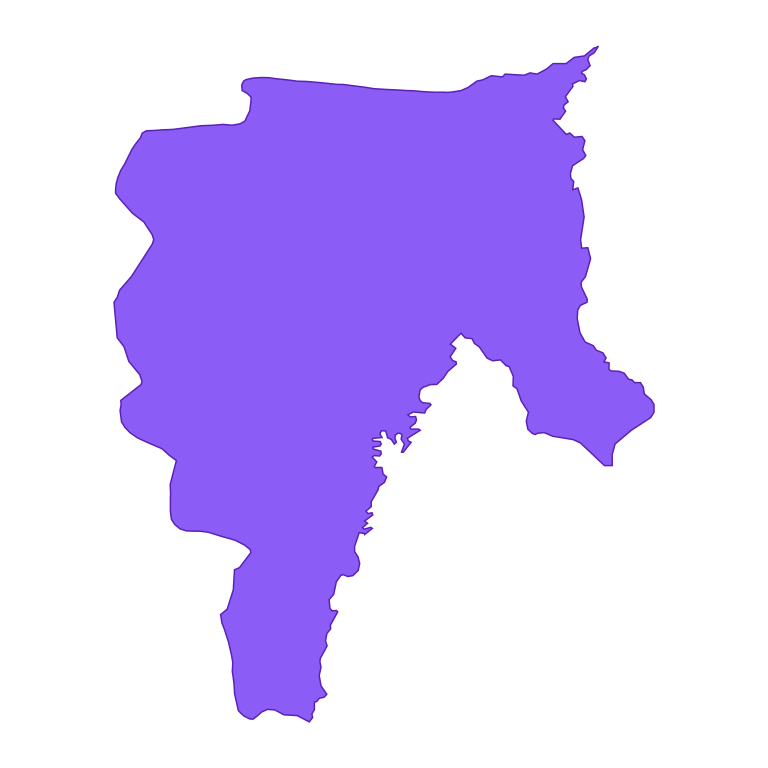 outline of Kabeya-Kamwanga, Kasaï-Oriental, Democratic Republic of the Congo
{"feature_id": "63176286B62322725812229", "entity_name": "Kabeya-Kamwanga", "entity_type": "district", "adm_level": 2, "iso_a3": "COD", "parent_name": "Democratic Republic of the Congo", "parent_adm1": "Kasaï-Oriental", "projection": "mercator", "projection_center": [23.234, -6.028], "detail": "fine", "context": "isolated", "style": "filled", "palette": "violet", "viewbox_px": 768, "rotation_deg": 0, "n_neighbors": 0, "source": "geoboundaries", "source_scale": "gbopen_adm2", "svg_char_len": 5054}
<svg xmlns="http://www.w3.org/2000/svg" viewBox="0 0 768 768"><path d="M309.3,721.9L312.6,717.5L311.9,713.9L314.4,709.7L314.4,702.2L316.8,701.5L319.4,698.2L324.0,697.3L326.8,694.3L321.0,685.8L319.5,677.3L319.2,675.5L321.0,667.3L319.9,661.6L320.3,658.4L327.1,645.9L325.5,640.8L326.9,633.5L330.7,628.8L330.4,625.1L337.7,611.9L336.5,610.5L332.1,610.8L330.0,608.4L329.1,599.7L333.7,594.3L336.3,581.9L336.8,581.2L340.8,575.4L343.3,574.7L347.8,576.5L352.9,575.6L358.2,570.5L359.7,563.4L358.0,556.9L354.6,551.5L354.6,546.3L357.5,537.7L359.2,532.7L364.1,533.4L364.6,534.6L370.7,529.7L372.3,528.5L370.9,527.3L367.4,528.3L364.1,529.2L363.3,528.4L362.5,527.5L367.6,523.3L364.6,521.0L372.8,514.9L372.1,512.8L367.9,513.5L366.0,511.1L371.2,506.7L371.2,501.8L378.2,489.6L378.7,486.5L384.5,482.3L386.6,476.9L383.1,474.1L381.9,467.5L375.0,467.5L374.3,466.4L376.8,461.9L372.2,457.2L374.0,455.6L379.6,456.0L380.6,454.7L381.3,453.9L380.8,451.1L375.0,449.5L373.1,449.0L372.9,447.1L379.9,446.0L381.3,444.1L380.1,441.5L373.1,441.0L372.9,440.7L372.2,439.6L372.9,438.4L382.0,437.5L379.9,434.0L381.5,430.7L385.7,431.0L387.6,437.8L388.8,438.3L391.3,439.4L394.3,444.1L396.4,442.2L394.8,438.0L395.5,435.0L398.1,433.1L400.9,433.6L402.0,435.4L401.1,439.0L404.4,444.1L401.5,452.1L403.2,452.3L411.1,442.3L408.3,440.9L407.4,438.3L411.2,435.9L420.2,430.3L419.4,429.7L418.6,429.1L410.9,429.1L410.0,427.3L415.1,423.3L416.5,420.0L415.6,416.5L410.2,416.9L407.9,414.8L413.3,412.0L418.5,412.5L424.7,413.0L426.1,409.5L431.0,404.8L429.8,403.4L422.6,402.7L420.3,400.8L418.9,397.0L420.1,390.0L422.9,387.4L430.3,384.6L436.8,384.4L443.1,378.5L447.8,371.5L456.4,364.0L456.0,361.7L452.7,360.7L450.2,356.7L455.8,348.3L450.4,344.1L458.6,335.6L461.1,333.3L465.1,337.8L472.1,338.7L474.4,343.4L479.1,346.7L487.2,358.2L492.8,360.8L497.8,360.2L500.5,359.9L506.1,365.7L509.1,366.5L513.3,376.3L513.0,385.9L517.0,388.7L521.2,400.9L528.4,412.2L526.3,421.1L526.5,422.5L527.9,429.3L532.6,433.6L535.3,434.5L537.3,433.3L544.1,432.6L547.0,433.8L552.9,436.3L558.7,437.2L561.6,437.7L573.2,439.6L575.6,440.7L578.0,441.8L580.4,442.9L583.1,445.4L585.7,447.9L588.4,450.4L591.0,452.9L593.7,455.4L596.3,457.9L598.9,460.4L604.5,465.6L607.0,465.6L612.2,465.6L612.2,454.6L615.1,444.0L631.4,430.2L650.7,417.6L654.0,412.2L654.0,404.5L651.2,399.8L644.3,393.9L643.3,387.3L640.5,382.6L634.5,382.6L631.9,379.8L628.7,379.3L624.2,373.2L618.9,371.3L612.9,371.0L611.2,370.9L610.5,370.8L608.9,369.0L609.1,362.9L604.0,361.9L606.1,357.9L602.8,352.8L596.3,350.2L593.3,345.7L585.1,342.0L580.0,332.8L577.2,318.5L577.7,310.1L580.3,305.4L587.0,302.3L587.3,299.3L581.5,287.1L581.0,282.4L582.3,280.7L585.4,276.8L587.0,271.2L590.6,258.7L587.8,247.7L581.7,248.2L581.2,244.2L580.6,239.9L584.1,217.0L581.6,199.8L577.9,187.9L572.7,189.8L573.7,181.5L570.9,178.5L570.4,173.6L572.5,165.8L577.6,162.4L583.7,158.4L585.8,155.5L582.6,149.7L584.9,140.8L582.1,136.5L574.4,137.2L569.8,133.0L566.3,134.4L553.0,120.3L553.7,118.9L560.0,119.2L565.6,111.2L563.5,108.0L563.9,105.1L568.1,101.8L565.4,96.7L572.9,86.4L572.4,84.0L577.8,81.3L579.4,80.5L585.0,81.7L586.3,79.1L586.4,78.9L584.5,74.9L581.5,73.2L582.2,71.4L586.2,69.7L590.1,65.7L587.8,59.4L589.0,56.1L594.3,52.6L597.3,48.0L597.3,47.9L598.5,46.1L596.0,47.7L594.1,47.9L592.8,49.0L584.4,55.9L579.7,56.6L574.2,57.4L566.1,63.6L565.6,63.6L553.1,63.6L546.3,69.2L537.0,74.1L530.0,72.9L524.3,75.2L518.6,74.9L508.6,74.3L505.1,74.1L502.5,76.9L491.3,75.7L482.7,79.9L476.9,81.1L468.0,87.5L461.0,90.6L452.1,92.0L447.9,92.4L442.6,92.2L434.4,92.2L425.3,91.8L412.1,90.7L407.8,90.6L397.7,90.0L387.1,89.5L374.0,88.7L364.5,87.2L343.4,84.5L336.1,84.3L326.0,83.2L315.5,82.2L305.5,81.4L297.1,81.2L292.4,80.5L283.9,79.5L275.8,78.7L269.0,77.7L261.6,77.5L252.9,78.1L245.8,79.7L243.5,81.2L241.7,85.3L242.2,90.6L247.2,93.4L251.0,97.0L251.0,100.7L249.8,110.8L246.9,116.8L245.1,120.9L240.1,123.8L232.0,125.2L223.0,124.4L212.5,125.3L201.3,125.7L189.1,127.3L173.1,129.4L161.6,129.9L155.3,130.4L146.3,130.8L142.2,133.2L140.4,137.9L136.2,143.1L132.0,149.2L124.6,164.1L120.7,170.5L117.8,177.7L116.3,183.1L115.6,189.4L115.6,193.4L120.0,199.2L132.5,213.3L143.9,222.0L150.8,232.6L152.3,234.9L153.7,239.6L153.4,240.6L152.3,244.1L131.5,276.4L119.6,290.2L117.2,297.4L114.0,302.4L117.2,337.8L123.7,346.3L124.1,346.9L128.8,361.3L139.7,374.6L142.0,381.2L141.1,384.5L133.2,390.7L120.8,400.4L121.1,404.5L120.1,410.5L121.5,421.8L124.8,427.2L129.8,432.5L137.5,437.9L148.6,443.0L162.0,448.7L169.2,455.2L176.4,460.6L173.4,472.0L170.2,484.5L170.3,487.5L170.6,493.7L170.4,497.7L170.4,503.5L170.4,511.3L171.4,519.3L174.8,524.5L180.1,528.9L186.4,530.9L193.3,531.1L200.3,531.2L208.5,532.3L221.9,536.5L229.3,538.5L235.5,540.4L244.6,545.1L250.4,549.8L250.8,552.7L239.4,567.7L235.8,569.2L234.5,569.8L233.3,589.9L227.2,609.1L220.6,614.6L221.1,617.4L221.9,622.9L224.4,629.3L228.4,641.7L231.4,654.5L232.8,662.6L232.3,671.4L233.3,678.0L234.0,683.8L234.6,693.8L237.1,705.0L238.3,710.5L241.4,713.8L244.4,716.3L249.9,719.0L253.1,719.1L256.9,716.2L261.7,712.0L267.3,709.4L274.8,709.9L283.9,714.8L297.2,715.6L309.3,721.9Z" fill="#8b5cf6" stroke="#5b21b6" stroke-width="1.5"/></svg>